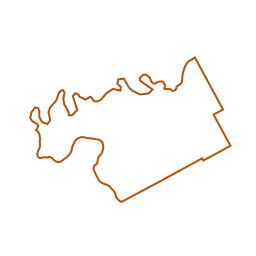 Posey, Indiana, United States of America, rotated 61°
{"feature_id": "52423323B54248074305317", "entity_name": "Posey", "entity_type": "district", "adm_level": 2, "iso_a3": "USA", "parent_name": "United States of America", "parent_adm1": "Indiana", "projection": "orthographic", "projection_center": [-87.943, 38.001], "detail": "fine", "context": "isolated", "style": "outline", "palette": "amber", "viewbox_px": 256, "rotation_deg": 61, "n_neighbors": 0, "source": "geoboundaries", "source_scale": "gbopen_adm2", "svg_char_len": 2052}
<svg xmlns="http://www.w3.org/2000/svg" viewBox="0 0 256 256"><g transform="rotate(61 128 128)"><path d="M193.2,60.2L193.2,47.0L157.8,46.7L157.9,35.9L98.8,35.3L98.9,36.1L99.1,43.5L101.8,48.4L107.0,53.8L114.1,58.7L115.2,61.9L115.2,65.2L117.2,66.9L117.8,69.2L117.1,71.1L114.7,72.0L111.4,77.2L108.1,74.6L106.7,75.0L104.5,74.9L103.4,76.2L102.2,79.5L102.3,83.3L100.5,84.7L98.2,85.0L94.6,84.5L89.9,86.5L88.8,89.0L90.2,93.9L92.6,94.4L106.1,87.9L107.8,92.7L106.4,96.7L104.5,101.2L97.7,105.9L93.7,107.5L82.8,107.7L80.8,112.9L84.2,115.9L88.5,114.3L91.6,116.6L86.6,122.1L87.1,130.0L90.1,137.6L89.9,141.9L88.9,143.9L87.4,144.8L85.1,145.2L83.9,145.1L82.4,145.8L82.5,151.5L76.8,155.4L75.0,155.1L72.1,157.2L73.3,160.8L84.4,163.0L87.6,163.6L89.8,170.9L88.1,173.5L85.6,172.4L81.0,172.1L76.4,172.3L71.2,170.5L66.5,166.5L63.5,166.4L62.8,168.1L63.7,171.3L64.4,172.1L69.0,177.2L72.5,186.5L75.7,189.8L83.4,192.3L85.6,196.6L81.2,200.2L78.7,200.4L74.8,200.0L70.4,197.4L67.3,197.0L65.0,199.3L67.4,204.8L72.0,208.8L75.6,208.4L79.9,205.7L82.7,205.4L84.6,207.8L85.1,209.5L87.3,208.6L89.2,208.4L92.5,209.2L94.9,210.2L96.2,210.9L96.8,211.6L98.1,212.4L99.0,212.5L101.6,214.1L103.0,215.4L103.5,216.6L106.8,220.1L109.2,220.7L110.4,220.4L111.1,220.0L111.7,219.2L113.6,214.1L114.5,213.4L114.9,212.5L114.8,211.2L115.6,210.2L117.2,209.3L119.9,208.4L122.4,207.1L123.8,206.1L124.5,204.2L124.7,202.0L123.5,194.0L122.7,191.7L121.2,189.2L117.2,185.5L114.4,181.8L113.8,180.7L113.2,178.9L112.9,177.2L112.9,175.5L113.2,173.8L113.7,172.5L114.2,171.8L115.7,169.9L117.1,168.4L117.3,168.1L119.0,165.6L124.4,158.7L126.6,157.7L128.3,157.5L131.3,158.2L133.2,159.1L134.7,160.3L136.9,162.7L137.7,164.0L139.1,167.7L139.6,168.5L143.3,171.6L143.6,172.0L144.6,173.8L144.6,175.5L144.7,175.9L145.7,177.0L147.1,177.9L148.1,178.3L155.3,178.8L159.4,178.8L160.8,178.6L161.0,178.5L162.2,178.2L163.1,177.7L166.5,175.0L167.1,174.3L169.9,172.4L177.0,170.9L179.1,171.0L182.2,171.9L184.0,171.7L186.4,171.2L189.5,169.8L190.2,124.9L190.5,77.8L193.0,77.8L193.2,60.2Z" fill="none" stroke="#b45309" stroke-width="2"/></g></svg>